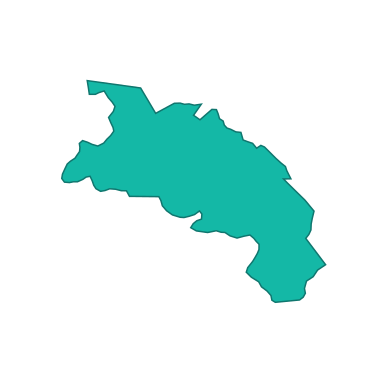 the district of Malta, Paraíba, Brazil, rotated 136°
{"feature_id": "56859067B76559987964982", "entity_name": "Malta", "entity_type": "district", "adm_level": 2, "iso_a3": "BRA", "parent_name": "Brazil", "parent_adm1": "Paraíba", "projection": "mercator", "projection_center": [-37.521, -6.885], "detail": "fine", "context": "isolated", "style": "filled", "palette": "teal", "viewbox_px": 384, "rotation_deg": 136, "n_neighbors": 0, "source": "geoboundaries", "source_scale": "gbopen_adm2", "svg_char_len": 1815}
<svg xmlns="http://www.w3.org/2000/svg" viewBox="0 0 384 384"><g transform="rotate(136 192 192)"><path d="M190.0,344.9L194.1,339.0L198.0,333.6L193.7,329.4L190.0,328.2L185.0,325.7L186.7,318.0L187.0,312.0L187.9,307.1L192.6,304.6L200.2,303.6L202.3,298.2L204.0,293.2L206.0,290.1L211.4,289.1L216.5,289.1L221.5,288.5L227.8,290.5L230.8,295.7L232.5,300.2L235.0,305.0L239.3,305.2L241.7,301.9L244.8,299.2L249.0,298.4L252.7,297.6L258.0,298.6L262.3,298.8L267.5,296.9L272.8,294.8L276.3,292.2L276.9,287.7L273.6,283.9L270.3,281.8L267.3,278.9L261.7,276.9L257.8,276.3L254.4,274.1L256.0,269.4L258.0,265.1L258.8,261.1L257.3,256.0L253.6,253.5L249.0,251.5L245.0,247.0L242.0,242.1L238.3,238.4L240.0,232.3L219.1,211.7L220.3,207.5L222.9,202.7L223.3,196.1L222.0,189.1L218.1,182.1L215.5,179.2L210.9,176.5L205.8,174.0L199.8,173.2L200.2,169.3L204.0,165.9L208.5,168.0L213.0,168.4L217.7,167.2L215.9,161.0L208.9,152.0L201.5,147.3L199.0,142.8L196.4,140.0L195.1,134.0L191.6,127.6L185.3,124.1L180.2,120.8L179.7,115.8L180.1,112.0L180.1,107.8L183.8,104.1L187.7,102.4L192.1,101.1L196.7,99.9L204.4,98.9L208.7,96.6L208.5,89.4L206.4,81.1L207.9,75.5L206.8,68.7L207.1,62.7L209.7,58.7L208.7,54.8L189.6,39.6L185.0,39.1L180.8,40.4L178.1,44.5L171.5,48.4L163.7,46.9L155.9,48.6L146.4,46.9L142.4,79.6L137.4,80.3L132.8,82.1L128.5,86.2L123.8,89.5L117.5,93.5L116.4,107.8L116.6,114.0L117.1,132.4L117.1,137.8L111.7,132.8L110.1,138.0L109.0,141.5L107.1,145.4L107.8,150.8L108.3,157.8L108.6,174.0L110.1,177.7L115.1,178.6L114.6,184.9L117.1,189.7L119.1,193.9L115.4,200.9L118.7,204.8L120.6,210.2L122.4,213.7L122.3,217.7L120.3,221.4L121.3,225.6L118.9,230.1L117.2,234.3L120.3,237.6L136.1,238.4L137.6,246.1L124.3,248.7L130.0,252.8L132.9,257.4L136.5,260.3L138.8,264.2L143.1,268.1L163.5,273.8L156.7,302.5L190.0,344.9Z" fill="#14b8a6" stroke="#0f766e" stroke-width="1.5"/></g></svg>